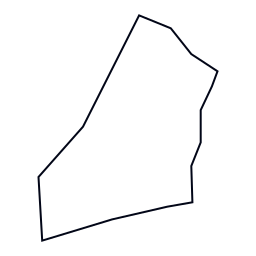 the district of Ayawaso Central Municipal, Greater Accra, Ghana
{"feature_id": "2480657B92273702685271", "entity_name": "Ayawaso Central Municipal", "entity_type": "district", "adm_level": 2, "iso_a3": "GHA", "parent_name": "Ghana", "parent_adm1": "Greater Accra", "projection": "natural_earth1", "projection_center": [-0.202, 5.58], "detail": "fine", "context": "isolated", "style": "outline", "palette": "ink", "viewbox_px": 256, "rotation_deg": 0, "n_neighbors": 0, "source": "geoboundaries", "source_scale": "gbopen_adm2", "svg_char_len": 299}
<svg xmlns="http://www.w3.org/2000/svg" viewBox="0 0 256 256"><path d="M192.4,202.3L191.3,166.0L200.7,142.4L200.7,110.1L211.9,86.4L217.5,71.3L191.3,54.1L170.8,28.3L139.1,15.4L83.0,126.7L38.5,177.0L42.2,240.6L112.1,219.4L167.2,206.7L192.4,202.3Z" fill="none" stroke="#020617" stroke-width="2"/></svg>